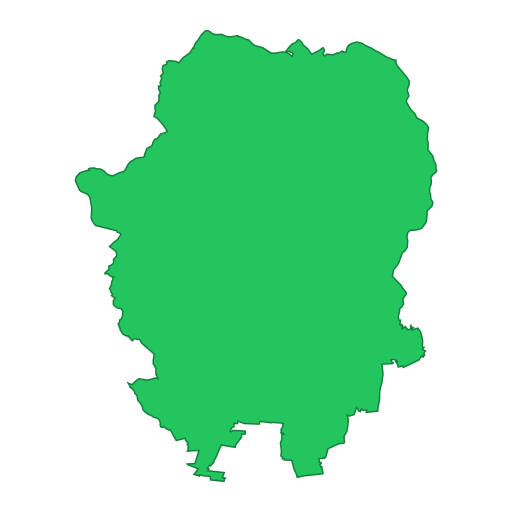 Runcu, Gorj, Romania (Natural Earth projection)
{"feature_id": "2599482B30652708585896", "entity_name": "Runcu", "entity_type": "district", "adm_level": 2, "iso_a3": "ROU", "parent_name": "Romania", "parent_adm1": "Gorj", "projection": "natural_earth1", "projection_center": [23.13, 45.185], "detail": "fine", "context": "isolated", "style": "filled", "palette": "green", "viewbox_px": 512, "rotation_deg": 0, "n_neighbors": 0, "source": "geoboundaries", "source_scale": "gbopen_adm2", "svg_char_len": 6013}
<svg xmlns="http://www.w3.org/2000/svg" viewBox="0 0 512 512"><path d="M322.8,473.8L323.0,473.2L322.0,468.1L321.5,467.8L321.2,466.8L321.6,466.7L320.5,465.9L319.9,464.6L321.1,463.5L321.1,462.5L319.4,462.4L318.9,458.6L324.3,458.3L324.3,457.4L325.6,457.5L327.7,450.3L327.3,449.4L329.4,448.0L339.1,443.7L343.6,443.2L344.5,442.6L344.0,436.5L346.9,431.0L347.9,425.3L347.9,423.0L348.4,422.3L348.1,418.6L347.2,415.3L349.3,416.1L354.1,414.6L356.5,407.6L358.0,409.1L358.3,410.8L360.3,411.6L360.5,410.2L361.5,408.6L362.3,409.3L362.4,410.4L366.6,409.9L366.2,412.4L377.8,411.1L378.0,406.7L378.8,404.2L379.7,397.4L379.6,392.9L380.2,388.5L381.7,383.6L383.0,374.3L382.0,364.1L392.7,363.6L393.3,362.8L391.8,361.9L391.1,359.8L392.7,359.5L396.1,359.9L396.3,360.7L395.5,361.3L395.7,361.8L397.2,361.6L396.7,362.6L398.2,367.0L402.5,366.0L403.3,367.5L419.2,359.8L421.1,356.5L423.2,357.0L422.7,355.6L424.5,355.5L424.0,353.4L424.4,352.3L425.5,351.0L422.3,349.3L423.9,347.4L422.9,347.4L422.4,346.5L422.6,341.6L422.2,338.2L420.5,331.8L417.9,328.1L411.9,330.0L412.0,329.2L412.6,328.9L412.2,328.5L413.3,327.7L411.2,326.9L410.9,325.5L410.5,326.2L410.8,327.9L410.3,329.1L408.0,329.8L405.2,326.5L402.3,329.0L401.6,327.9L402.9,326.1L402.2,325.3L400.7,325.1L401.2,324.4L399.8,324.3L400.5,320.2L399.1,320.4L398.2,316.8L399.6,311.3L399.6,308.8L401.7,307.2L403.6,303.9L403.1,301.7L403.1,298.9L404.2,296.7L406.0,294.7L406.4,292.8L402.4,287.8L401.4,285.7L392.4,276.3L393.6,269.7L397.1,265.6L398.8,262.8L402.2,253.1L405.2,250.6L407.3,247.2L407.7,240.6L406.9,236.8L407.7,232.7L410.0,230.4L416.2,230.0L420.6,228.8L422.3,227.7L425.8,222.6L426.4,220.9L427.2,214.0L427.0,211.1L431.9,206.3L432.8,203.2L432.7,202.1L430.9,199.1L430.5,194.3L429.6,192.3L429.8,187.8L431.2,183.9L431.3,179.8L430.7,177.7L433.3,174.2L435.9,172.3L436.7,170.8L435.8,168.1L436.0,165.9L435.7,164.0L434.0,160.9L432.6,155.7L428.0,149.9L428.2,143.4L427.1,138.3L427.6,136.6L427.3,133.4L428.1,131.8L427.9,130.8L428.7,128.1L427.2,125.1L423.0,121.1L417.0,118.0L414.9,113.9L410.7,109.4L406.3,101.8L406.4,100.3L408.9,96.0L407.2,89.8L409.2,84.6L408.9,82.8L409.5,81.5L406.9,77.3L396.8,65.2L395.6,61.4L396.0,60.2L393.9,59.9L386.9,57.2L377.9,51.7L375.7,50.9L371.8,48.3L365.1,45.3L361.7,43.1L356.7,42.0L350.8,43.8L348.2,45.7L346.6,49.1L346.0,52.0L343.8,52.2L342.4,51.0L338.3,53.3L337.2,52.9L332.9,54.9L326.9,54.1L324.7,56.0L323.2,54.2L323.2,53.0L324.2,51.5L324.4,50.5L323.6,48.3L322.9,47.7L319.6,50.2L311.7,54.3L307.4,48.6L302.9,44.6L302.1,42.8L299.3,39.9L298.0,39.8L295.5,42.6L292.1,44.0L289.0,47.2L286.1,51.1L285.3,51.3L289.1,51.3L290.6,52.4L292.0,52.5L293.3,53.7L292.0,56.3L288.7,53.5L285.4,52.1L282.9,51.9L274.5,53.2L270.7,52.9L262.8,47.7L254.8,45.6L251.5,42.9L249.0,40.1L244.4,38.9L242.2,37.4L238.4,36.4L237.7,35.7L230.5,36.9L226.3,36.4L222.0,34.4L215.9,34.6L212.7,33.9L208.7,30.9L205.5,30.7L201.2,35.0L198.0,40.1L195.6,42.9L194.2,45.8L194.0,48.3L193.1,47.8L189.8,52.9L183.2,57.6L178.6,62.9L176.1,61.4L169.1,60.6L166.4,62.0L166.9,63.6L166.3,64.5L163.4,65.4L162.7,66.3L162.3,69.1L163.3,73.0L160.5,76.1L161.8,78.0L160.0,82.9L161.0,85.9L160.4,86.4L158.0,85.7L159.1,86.4L158.5,88.5L160.3,92.8L158.7,95.7L159.1,97.2L158.7,101.4L155.0,105.3L154.9,108.8L155.7,110.4L153.9,116.4L157.3,118.3L163.1,124.9L167.4,131.3L166.1,132.2L160.5,134.2L159.2,135.6L158.7,137.1L156.6,138.7L154.7,139.3L152.9,142.5L151.9,145.8L146.9,148.4L144.4,155.1L144.8,156.2L143.1,157.2L136.1,158.2L130.0,162.0L127.8,164.9L125.3,169.9L123.5,171.5L118.9,172.9L113.3,175.7L111.5,175.7L107.6,174.5L103.6,170.7L100.7,169.1L96.0,168.7L94.5,168.0L90.0,168.2L88.6,168.8L89.3,170.3L88.2,170.1L80.0,172.7L76.3,176.8L75.3,180.6L79.6,190.3L81.6,191.7L86.8,193.9L88.9,195.8L89.9,197.6L91.8,208.3L91.2,217.9L91.9,220.2L94.7,224.7L95.9,225.6L116.6,230.7L117.5,232.3L119.8,233.0L121.0,234.2L117.6,239.5L113.9,242.2L109.5,246.6L115.7,251.1L116.7,254.1L116.4,256.7L115.6,257.0L113.5,259.4L113.6,262.4L113.2,263.4L111.0,265.2L108.8,266.2L109.0,269.4L105.3,272.5L104.9,273.6L108.1,273.9L109.0,275.1L111.7,276.8L113.9,277.3L112.9,278.3L112.8,279.9L111.7,281.6L111.3,285.2L109.4,288.7L110.4,290.1L111.0,292.4L112.6,294.1L111.5,295.6L115.1,298.1L113.3,300.7L113.4,304.7L114.5,306.1L117.5,308.0L121.6,308.9L122.0,310.3L123.1,311.6L122.4,313.4L122.7,315.2L122.0,316.9L121.9,318.4L119.7,320.0L119.5,322.5L118.1,323.7L119.1,326.6L120.2,328.2L119.8,329.2L122.8,334.0L125.5,335.7L128.2,335.9L128.2,336.8L129.4,337.1L130.8,339.4L132.2,340.7L132.7,340.7L133.1,339.3L133.7,339.0L135.9,338.8L137.8,339.5L139.6,339.3L141.5,343.0L154.2,354.1L153.2,360.6L153.3,364.2L154.5,365.6L155.9,368.8L155.9,374.3L157.4,377.0L157.8,378.7L156.8,378.0L154.9,378.1L147.8,380.2L139.2,378.8L137.2,379.8L133.3,383.4L133.0,384.2L131.1,384.4L128.2,383.1L129.6,385.4L130.2,387.5L132.2,388.6L134.2,391.1L135.0,393.5L137.0,395.5L137.7,400.2L140.3,403.0L142.4,406.8L142.7,409.3L144.6,411.6L148.2,414.3L151.0,415.4L153.7,417.2L158.0,418.5L159.9,421.2L160.4,423.8L160.1,424.7L160.8,426.8L162.2,427.6L163.6,426.7L166.3,428.8L169.3,430.2L170.4,430.0L176.2,440.5L185.1,438.3L185.7,440.6L187.0,441.4L187.2,442.9L188.1,443.3L187.3,444.7L188.8,446.7L188.1,447.6L188.0,450.3L187.4,451.1L199.0,450.4L194.9,463.6L187.2,464.0L187.6,464.6L198.2,468.8L193.9,474.4L199.4,476.0L199.5,474.8L203.7,475.8L210.4,476.5L210.5,479.9L224.0,481.3L224.5,479.9L224.4,478.8L225.2,478.1L222.4,477.5L224.3,472.6L207.5,470.7L209.0,469.0L207.4,468.1L209.4,465.3L210.6,465.9L213.6,462.5L214.0,460.7L215.7,457.8L221.3,445.1L235.1,447.3L235.8,444.8L241.5,437.3L241.8,434.0L245.1,434.1L245.3,431.1L232.8,430.4L231.5,431.7L230.1,431.2L231.8,427.7L234.0,426.8L234.0,423.4L237.4,423.6L238.1,421.2L244.2,423.5L259.2,424.1L260.0,421.4L271.3,422.8L272.2,422.4L281.3,423.0L283.3,423.7L281.8,429.0L281.1,429.0L281.3,430.8L280.9,433.0L282.8,433.0L283.9,434.2L281.9,434.2L281.7,436.3L282.0,438.5L280.4,443.2L281.3,449.6L281.3,453.4L280.9,455.1L281.1,456.3L282.3,457.1L282.5,458.9L284.1,458.8L284.2,459.9L291.7,460.4L294.2,469.7L296.2,473.6L297.2,477.3L304.2,475.8L322.8,473.8Z" fill="#22c55e" stroke="#15803d" stroke-width="1.5"/></svg>